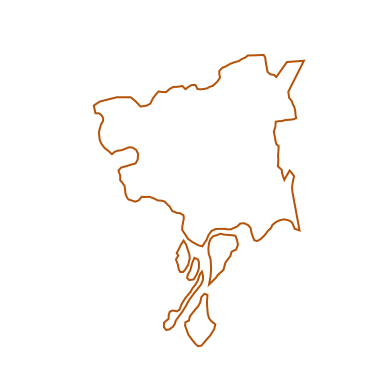 Apicum-Açu, Maranhão, Brazil (Natural Earth projection), rotated 191°
{"feature_id": "56859067B98855082713", "entity_name": "Apicum-Açu", "entity_type": "district", "adm_level": 2, "iso_a3": "BRA", "parent_name": "Brazil", "parent_adm1": "Maranhão", "projection": "natural_earth1", "projection_center": [-45.087, -1.505], "detail": "fine", "context": "isolated", "style": "outline", "palette": "amber", "viewbox_px": 384, "rotation_deg": 191, "n_neighbors": 0, "source": "geoboundaries", "source_scale": "gbopen_adm2", "svg_char_len": 3694}
<svg xmlns="http://www.w3.org/2000/svg" viewBox="0 0 384 384"><g transform="rotate(191 192 192)"><path d="M301.8,250.9L298.6,251.5L295.7,250.2L293.3,247.7L292.9,244.5L294.2,241.2L294.8,233.2L293.8,229.5L292.5,225.5L290.1,222.0L286.1,218.4L281.4,216.1L277.8,213.8L275.6,216.7L272.9,218.3L268.8,219.7L265.0,222.2L262.0,224.0L258.5,224.2L254.6,222.5L252.1,218.9L251.5,213.4L252.9,209.2L256.1,207.7L259.1,206.1L262.3,204.4L266.3,202.4L268.3,199.0L265.6,194.4L264.7,189.8L261.9,187.6L259.4,185.2L258.1,181.4L257.0,177.7L255.3,174.9L253.1,172.6L249.1,172.1L245.7,171.7L242.6,173.7L240.5,177.7L237.3,178.1L232.9,179.2L228.6,178.5L223.9,177.2L220.1,177.7L217.0,177.4L213.7,175.0L210.8,173.2L207.9,169.6L203.2,168.6L199.8,168.9L196.0,167.6L195.0,164.7L195.0,160.3L194.9,155.8L194.3,152.8L186.9,145.2L182.1,143.0L178.7,141.9L175.7,140.9L171.5,140.6L169.9,144.7L168.6,147.5L167.6,152.8L165.5,157.4L161.6,160.2L158.3,161.0L153.2,162.0L149.3,162.2L146.7,162.8L143.8,164.9L141.1,166.7L138.7,170.2L134.8,171.3L130.6,170.2L127.6,167.9L125.9,163.5L123.6,159.4L121.6,156.5L118.6,156.3L115.5,159.0L112.5,163.3L110.1,168.2L107.6,171.7L106.8,175.0L103.7,178.6L100.4,181.0L96.5,182.7L92.6,182.7L90.0,182.2L87.5,180.7L84.2,175.5L79.1,174.8L93.5,211.4L94.8,216.4L95.0,222.7L94.8,227.0L98.1,230.0L100.3,231.7L101.8,227.3L103.7,221.5L107.2,227.7L108.1,230.8L112.6,233.6L113.0,237.6L113.5,240.7L114.5,243.9L115.0,249.1L115.7,253.6L118.1,254.9L119.5,257.4L121.1,261.7L123.2,266.8L122.6,271.8L123.2,277.0L119.9,278.2L117.2,278.8L114.3,280.4L109.8,281.6L106.2,282.8L103.8,284.4L105.1,287.4L106.1,291.2L107.6,294.6L109.8,297.4L111.4,300.3L114.6,303.0L116.6,308.7L107.2,342.2L110.4,341.3L123.6,337.7L131.2,320.9L133.8,322.6L137.7,322.5L140.8,324.4L142.8,329.4L144.3,333.4L145.8,338.0L147.8,340.2L158.0,337.8L163.2,336.7L165.5,334.0L168.4,332.1L171.1,329.4L175.2,327.4L179.1,325.0L182.6,321.9L186.3,319.4L188.3,315.8L187.6,312.6L186.3,309.8L188.0,305.6L189.7,303.0L192.0,300.0L194.7,298.7L196.8,296.7L199.5,295.6L203.2,294.4L206.2,294.1L209.1,297.7L212.8,296.9L215.4,294.6L218.1,291.7L221.6,294.2L226.3,292.5L230.5,291.5L233.6,288.9L236.5,285.1L241.4,284.4L244.0,284.3L245.5,281.9L248.2,276.6L249.8,270.7L253.3,268.0L258.8,266.1L265.0,270.5L270.3,273.3L283.8,270.7L299.8,263.2L304.9,258.1L301.8,250.9ZM159.5,154.3L162.6,152.8L164.9,149.2L165.5,145.2L165.2,139.9L163.9,134.9L160.8,129.1L158.7,120.8L157.7,112.7L157.6,104.5L152.2,112.3L150.7,115.7L146.3,121.4L145.7,129.2L142.1,136.6L141.8,140.9L137.7,144.0L136.8,148.8L138.6,153.3L141.0,157.2L143.9,157.3L152.0,156.3L156.0,156.5L159.5,154.3ZM162.7,90.8L162.9,85.0L164.3,80.6L166.0,78.0L168.1,74.0L170.3,69.7L170.5,65.2L173.6,63.0L173.4,59.7L170.5,54.9L168.2,51.1L163.2,46.5L159.6,43.5L156.6,41.8L153.4,43.0L149.6,49.8L146.6,54.9L144.1,61.5L143.8,66.5L148.6,69.0L151.3,71.5L153.3,75.6L155.2,82.2L156.5,87.6L156.8,90.6L157.2,93.9L160.3,94.5L162.7,90.8ZM168.5,112.8L169.5,105.9L171.0,101.5L173.1,97.7L174.4,93.6L176.4,90.1L178.4,86.3L179.5,83.5L181.0,79.3L181.7,74.2L184.0,72.0L188.4,72.0L191.0,70.1L191.4,67.0L190.8,63.0L192.7,60.8L194.5,58.4L193.9,54.2L191.0,51.6L188.0,52.8L185.0,56.1L183.7,59.4L183.4,62.5L181.4,66.9L178.7,72.5L176.7,77.8L174.1,85.7L170.2,93.9L167.5,98.9L165.5,102.9L164.5,107.7L165.1,111.5L167.1,115.7L168.5,112.8ZM192.9,138.0L194.1,133.3L195.4,129.1L193.3,127.0L194.9,122.8L192.3,118.5L190.2,113.5L188.3,111.2L185.3,111.9L183.7,115.0L181.8,119.8L181.7,123.0L181.5,126.3L182.6,130.0L184.8,133.9L187.7,139.2L191.0,142.7L192.9,138.0ZM178.3,121.8L178.7,115.0L180.4,110.0L180.4,106.7L177.9,105.0L173.7,106.5L171.8,111.5L171.1,115.0L170.7,118.3L171.2,121.4L171.8,124.5L173.4,126.9L177.1,127.8L178.3,121.8Z" fill="none" stroke="#b45309" stroke-width="2"/></g></svg>